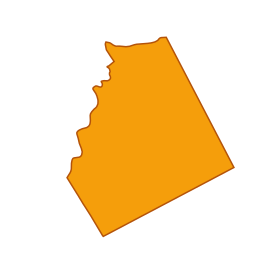 Clark, Missouri, United States of America, rotated 241°
{"feature_id": "52423323B73232877259314", "entity_name": "Clark", "entity_type": "district", "adm_level": 2, "iso_a3": "USA", "parent_name": "United States of America", "parent_adm1": "Missouri", "projection": "orthographic", "projection_center": [-91.584, 40.431], "detail": "fine", "context": "isolated", "style": "filled", "palette": "amber", "viewbox_px": 256, "rotation_deg": 241, "n_neighbors": 0, "source": "geoboundaries", "source_scale": "gbopen_adm2", "svg_char_len": 1511}
<svg xmlns="http://www.w3.org/2000/svg" viewBox="0 0 256 256"><g transform="rotate(241 128 128)"><path d="M45.2,53.8L42.5,183.0L42.1,201.5L188.8,205.4L191.0,200.8L191.2,199.6L191.0,198.5L190.2,196.4L190.2,194.1L190.3,192.9L191.2,189.5L192.4,186.4L197.0,176.3L197.7,174.1L198.7,169.0L200.1,165.6L203.3,160.9L204.7,158.5L205.2,157.4L205.7,156.8L207.5,155.4L210.7,153.8L211.6,153.1L213.9,150.4L213.0,149.3L211.9,148.6L206.9,147.0L199.1,147.5L192.9,148.1L191.6,141.2L191.8,140.2L191.8,139.6L191.6,139.4L191.2,139.4L189.9,140.2L188.5,140.4L186.2,139.8L185.7,139.4L185.5,138.9L185.0,138.4L183.4,137.6L181.9,137.6L180.7,137.2L179.9,136.7L179.3,135.6L179.1,134.2L179.3,132.8L181.0,130.0L181.7,128.0L181.7,127.3L181.4,127.0L179.8,127.1L178.5,126.7L177.3,125.7L177.0,125.0L177.0,124.0L177.6,123.1L179.4,121.5L180.1,120.7L180.4,120.0L180.4,119.1L180.2,117.4L179.8,116.7L179.4,116.4L178.6,116.2L173.7,116.6L170.9,116.3L167.3,115.4L166.0,114.8L163.7,113.4L161.9,111.1L161.6,110.4L161.3,109.6L161.0,107.7L159.8,104.3L158.6,102.1L157.3,101.0L152.9,98.8L151.5,97.9L150.1,96.8L149.3,95.8L148.7,94.6L148.4,92.8L148.5,91.6L149.5,87.7L149.8,84.4L149.5,82.3L149.1,81.6L148.6,80.9L147.5,80.4L143.3,79.5L138.1,78.0L132.7,77.3L129.3,76.4L127.0,74.5L126.4,73.4L126.1,72.5L126.1,71.3L128.0,66.3L128.1,65.4L127.8,64.6L127.0,63.5L124.6,61.5L119.5,58.5L118.0,57.1L117.0,55.8L114.1,50.6L95.8,51.5L92.7,51.7L91.2,51.7L86.8,51.9L83.3,52.0L80.8,52.2L69.2,52.9L46.4,53.6L45.2,53.8Z" fill="#f59e0b" stroke="#b45309" stroke-width="1.5"/></g></svg>